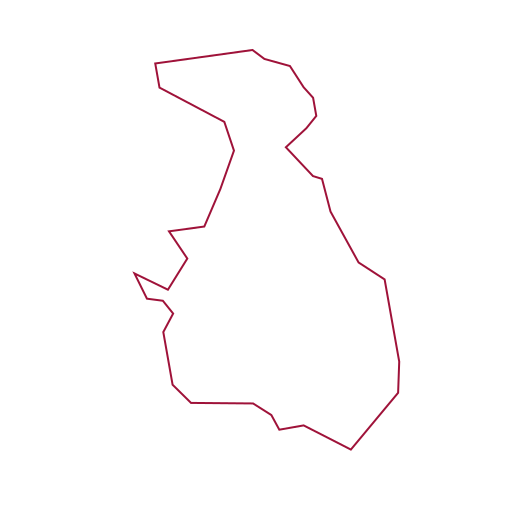 the district of Durrës, Durrës, Albania, rotated 350°
{"feature_id": "67620474B45959085094100", "entity_name": "Durrës", "entity_type": "district", "adm_level": 2, "iso_a3": "ALB", "parent_name": "Albania", "parent_adm1": "Durrës", "projection": "robinson", "projection_center": [19.515, 41.413], "detail": "fine", "context": "isolated", "style": "outline", "palette": "rose", "viewbox_px": 512, "rotation_deg": 350, "n_neighbors": 0, "source": "geoboundaries", "source_scale": "gbopen_adm2", "svg_char_len": 603}
<svg xmlns="http://www.w3.org/2000/svg" viewBox="0 0 512 512"><g transform="rotate(350 256 256)"><path d="M288.3,52.5L190.2,48.9L190.2,73.4L248.1,118.4L252.6,148.4L232.5,183.9L210.2,218.0L174.6,216.6L187.9,246.6L163.4,273.9L133.3,252.1L141.2,279.1L156.5,283.9L164.4,298.3L151.5,314.8L151.5,368.3L166.5,389.4L227.5,400.7L243.5,415.3L248.8,431.1L273.5,431.1L315.8,463.1L372.2,415.4L378.7,384.9L378.6,301.4L355.9,280.2L337.1,225.2L334.4,191.5L326.0,187.2L304.3,154.1L327.8,138.9L339.7,128.5L339.7,110.1L332.2,98.1L322.4,74.8L298.5,63.4L288.3,52.5Z" fill="none" stroke="#9f1239" stroke-width="2"/></g></svg>